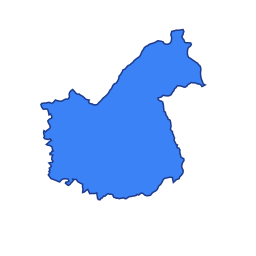 Hidrolândia, Goiás, Brazil (orthographic projection), rotated 156°
{"feature_id": "56859067B83720633182339", "entity_name": "Hidrolândia", "entity_type": "district", "adm_level": 2, "iso_a3": "BRA", "parent_name": "Brazil", "parent_adm1": "Goiás", "projection": "orthographic", "projection_center": [-49.268, -17.006], "detail": "fine", "context": "isolated", "style": "filled", "palette": "blue", "viewbox_px": 256, "rotation_deg": 156, "n_neighbors": 0, "source": "geoboundaries", "source_scale": "gbopen_adm2", "svg_char_len": 4548}
<svg xmlns="http://www.w3.org/2000/svg" viewBox="0 0 256 256"><g transform="rotate(156 128 128)"><path d="M89.5,77.2L91.4,79.6L91.1,81.7L90.9,83.2L90.4,85.2L89.5,86.7L89.7,89.0L91.0,89.9L90.9,91.2L89.7,92.3L90.7,93.4L90.8,95.7L90.9,98.1L89.5,100.1L89.6,101.6L89.3,103.7L89.5,105.1L88.8,106.6L89.5,107.8L89.7,109.7L87.9,112.1L87.3,114.1L86.7,116.0L86.4,118.1L87.8,119.8L87.5,121.4L87.9,123.8L87.8,125.8L87.4,127.3L88.3,128.5L87.8,130.2L86.7,133.5L86.1,135.4L85.8,137.7L86.7,139.1L87.8,139.9L88.8,141.6L88.3,143.3L86.6,142.9L84.7,142.8L82.6,143.6L80.3,142.0L78.3,141.0L76.8,140.7L75.1,140.9L73.7,141.8L72.7,142.7L71.1,143.3L69.4,145.0L68.0,145.2L66.3,146.3L64.7,146.1L62.9,145.0L61.4,143.8L60.4,142.7L59.1,142.0L57.1,142.4L55.9,143.2L51.7,143.8L50.3,142.8L48.3,142.0L46.6,140.1L44.9,139.0L43.9,137.8L43.6,135.8L42.1,135.8L40.0,136.0L41.3,137.5L41.1,141.4L41.1,142.8L40.8,144.7L40.2,146.5L39.8,147.9L38.8,149.8L37.8,151.5L37.1,153.4L37.0,155.8L37.8,157.0L38.1,158.9L39.1,160.2L39.9,161.7L41.2,163.7L42.2,165.5L43.0,166.7L43.9,167.8L44.0,169.5L43.7,171.1L43.2,172.7L42.1,174.5L41.3,175.9L40.0,177.0L38.1,177.3L36.2,178.4L36.1,180.1L37.6,181.0L40.3,182.3L41.4,183.4L41.1,185.9L41.7,187.8L41.5,189.8L39.7,191.0L38.8,192.3L37.7,193.4L37.7,195.6L39.4,196.0L41.9,196.7L44.4,197.8L45.9,197.9L48.7,198.5L51.0,195.7L51.1,193.5L51.7,192.2L52.4,190.8L53.8,189.1L55.9,188.2L57.9,188.5L59.5,189.2L60.7,190.7L60.9,192.4L62.5,193.8L64.2,194.9L65.4,195.6L66.6,195.4L69.3,195.2L71.0,195.4L73.1,195.7L74.9,195.7L76.5,195.3L78.2,195.3L79.5,195.0L80.8,194.5L82.2,193.3L83.7,192.5L85.2,191.2L86.6,189.8L88.5,188.5L90.6,188.2L93.5,187.5L94.9,187.1L96.8,186.0L99.0,185.5L100.5,184.9L102.6,185.0L104.3,184.3L106.5,183.1L107.7,183.1L109.1,183.1L110.1,181.9L111.8,180.8L113.3,179.7L115.1,179.0L116.0,177.4L117.0,176.3L118.0,175.4L120.4,173.8L122.7,173.9L124.6,173.0L125.8,171.8L127.4,170.5L129.1,169.9L131.2,168.2L132.9,167.2L135.4,166.3L136.8,165.8L138.2,165.6L140.1,164.7L141.7,163.9L143.6,163.3L145.0,162.7L146.5,161.9L150.0,163.0L150.6,164.3L151.9,165.1L153.2,166.3L153.3,168.1L152.0,169.3L153.5,170.3L154.9,171.5L155.3,172.7L155.8,173.9L156.7,175.7L158.2,177.5L158.7,178.8L160.8,179.7L161.6,181.5L161.9,182.8L162.9,185.7L164.5,185.4L166.0,184.8L167.2,183.9L168.1,182.7L168.8,180.3L170.9,178.8L173.2,179.8L174.8,179.8L176.8,179.5L178.8,179.9L180.3,180.9L182.0,182.2L182.9,183.1L184.8,182.3L185.9,181.6L188.0,181.7L189.3,183.3L190.4,183.8L193.4,184.3L194.7,185.0L196.8,185.5L198.0,184.9L198.3,182.7L198.0,180.2L197.2,179.3L195.9,179.0L194.5,178.4L193.8,176.9L194.3,174.3L194.8,172.1L193.2,172.4L192.8,169.8L193.6,168.1L196.0,168.1L198.3,167.2L198.6,165.6L198.3,161.3L198.9,160.0L200.7,159.2L202.4,158.9L203.7,158.6L205.1,158.1L205.8,159.7L206.9,158.4L207.5,156.0L207.5,154.6L208.8,153.5L208.5,152.1L206.5,150.5L205.4,149.9L203.4,149.7L203.1,147.8L205.1,147.6L206.6,147.0L209.3,146.2L208.3,144.9L207.1,144.2L206.2,143.4L205.1,141.4L205.7,139.6L205.8,137.4L207.1,137.7L208.2,136.6L209.6,136.7L210.1,135.4L208.7,134.6L207.7,133.8L209.4,132.3L210.5,130.1L210.0,128.5L210.8,127.4L212.8,127.9L214.5,128.2L213.8,126.0L213.4,124.4L214.6,123.7L216.3,123.3L216.4,121.2L217.9,120.6L217.6,119.3L218.6,118.4L219.9,117.6L219.3,114.8L219.1,113.3L218.2,112.4L216.9,111.2L216.0,110.2L214.9,109.2L214.0,108.1L212.4,106.5L211.1,107.1L209.1,107.9L207.2,107.6L205.4,106.9L203.5,105.6L203.6,103.5L205.1,103.2L206.6,103.9L207.6,103.1L206.8,101.3L205.9,99.8L204.1,100.0L202.6,100.8L201.0,101.4L199.3,102.4L199.2,103.7L197.9,102.7L196.2,102.1L195.9,100.5L195.7,99.3L194.8,98.2L194.0,97.0L192.3,95.0L193.5,92.8L194.0,90.2L195.0,88.8L195.7,87.5L193.5,87.3L192.0,87.9L189.8,88.3L189.7,86.2L189.7,83.6L188.0,83.0L186.4,82.3L185.0,81.6L183.0,81.4L184.5,75.7L183.7,74.2L182.4,73.8L181.2,74.8L179.9,74.6L178.3,75.7L176.6,75.1L175.0,75.7L173.0,76.2L171.6,74.8L169.9,74.2L169.0,73.1L169.3,71.8L169.1,70.4L168.0,69.6L167.3,68.6L165.9,68.1L164.8,67.0L163.2,66.7L161.9,66.3L160.5,66.2L159.7,64.9L158.7,64.2L157.1,64.4L154.9,64.8L152.9,64.1L151.2,63.9L149.6,63.3L148.0,63.1L146.8,63.7L145.7,62.5L144.3,62.7L142.9,63.3L141.2,62.4L140.4,60.9L139.7,59.5L138.3,58.4L136.3,57.7L134.6,57.5L133.3,58.3L131.6,59.0L129.8,59.2L128.1,59.3L126.1,60.1L124.6,61.5L123.2,62.7L121.3,63.1L119.7,64.1L118.7,64.9L117.6,65.9L115.9,66.9L114.1,67.0L112.8,66.6L111.6,66.4L109.8,66.0L108.7,65.4L107.6,64.7L108.7,59.8L106.9,60.4L105.4,61.0L103.7,61.1L101.9,60.9L100.6,62.4L98.5,63.1L96.4,64.3L95.4,65.7L94.8,67.0L94.9,69.2L94.6,71.1L93.5,72.7L92.0,74.3L90.2,75.4L89.5,77.2Z" fill="#3b82f6" stroke="#1e3a8a" stroke-width="1.5"/></g></svg>